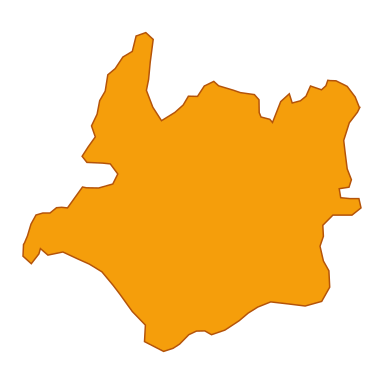 outline of Trimithousa, Paphos, Cyprus
{"feature_id": "46923920B86597490798508", "entity_name": "Trimithousa", "entity_type": "district", "adm_level": 2, "iso_a3": "CYP", "parent_name": "Cyprus", "parent_adm1": "Paphos", "projection": "mercator", "projection_center": [32.483, 34.974], "detail": "fine", "context": "isolated", "style": "filled", "palette": "amber", "viewbox_px": 384, "rotation_deg": 0, "n_neighbors": 0, "source": "geoboundaries", "source_scale": "gbopen_adm2", "svg_char_len": 1489}
<svg xmlns="http://www.w3.org/2000/svg" viewBox="0 0 384 384"><path d="M82.1,156.3L86.9,162.4L102.6,163.1L110.3,163.9L117.8,174.0L112.8,184.0L98.6,188.0L86.5,187.8L82.5,187.0L67.5,207.9L61.7,207.3L56.5,207.7L50.0,213.0L42.9,213.0L36.0,215.0L31.0,224.1L27.5,235.8L24.5,242.9L23.5,244.5L23.0,256.2L31.3,263.7L38.9,253.9L40.4,248.6L47.9,255.1L62.9,252.0L77.7,258.9L89.3,264.1L101.9,271.8L113.2,285.4L119.9,294.2L132.3,311.5L145.4,325.1L144.5,341.6L163.6,351.4L173.1,348.3L179.6,344.1L188.8,334.7L196.4,331.1L204.8,330.9L211.5,334.7L224.9,330.1L239.2,320.7L247.8,313.4L248.0,313.2L257.7,307.1L270.7,301.9L288.9,304.0L305.2,306.0L321.7,301.4L329.7,287.2L328.9,270.8L323.4,261.0L320.0,246.2L323.4,236.3L322.8,225.3L332.9,215.1L352.0,215.1L361.0,207.9L358.9,198.6L349.9,198.6L340.7,197.7L339.2,188.7L349.0,187.2L351.4,179.7L347.2,168.9L345.1,152.4L343.7,140.4L349.3,122.8L357.4,112.3L359.8,107.4L359.3,107.3L355.2,97.0L347.2,86.4L336.0,80.8L330.1,80.6L327.8,80.3L325.9,85.8L321.5,89.8L310.5,86.0L306.0,96.2L300.4,100.8L292.2,103.0L289.3,93.8L280.7,101.6L272.5,122.5L269.8,119.3L261.0,117.0L259.2,112.6L259.0,99.8L254.4,94.6L240.3,92.6L233.3,90.2L218.6,85.8L213.8,81.4L204.3,86.0L197.5,96.4L188.4,96.2L183.2,105.0L174.9,112.4L161.5,120.7L152.8,107.2L146.4,90.4L148.6,79.4L150.2,62.4L153.2,39.4L145.8,32.6L136.1,36.0L132.3,51.4L122.9,57.0L115.2,68.6L107.8,74.8L105.2,91.2L99.7,100.6L97.1,114.2L91.5,125.9L95.3,136.9L88.3,146.7L82.1,156.3Z" fill="#f59e0b" stroke="#b45309" stroke-width="1.5"/></svg>